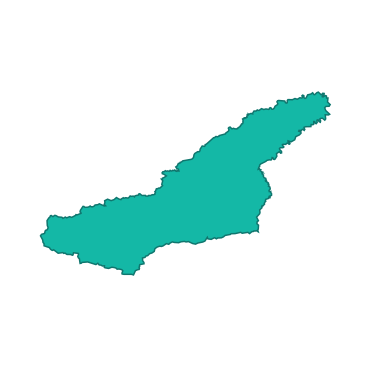 outline of Puerto Rico, Caquetá, Colombia, rotated 253°
{"feature_id": "7082276B35792863392111", "entity_name": "Puerto Rico", "entity_type": "district", "adm_level": 2, "iso_a3": "COL", "parent_name": "Colombia", "parent_adm1": "Caquetá", "projection": "natural_earth1", "projection_center": [-75.023, 2.008], "detail": "fine", "context": "isolated", "style": "filled", "palette": "teal", "viewbox_px": 384, "rotation_deg": 253, "n_neighbors": 0, "source": "geoboundaries", "source_scale": "gbopen_adm2", "svg_char_len": 6087}
<svg xmlns="http://www.w3.org/2000/svg" viewBox="0 0 384 384"><g transform="rotate(253 192 192)"><path d="M221.9,340.0L222.8,341.2L226.9,342.0L225.8,345.0L226.1,346.4L230.8,343.7L233.8,343.5L234.7,345.1L233.9,348.2L235.2,349.7L238.4,347.9L242.1,349.5L242.5,348.2L244.6,348.6L245.2,347.7L244.6,345.1L245.1,344.4L245.8,344.7L246.6,346.8L247.6,347.2L248.2,345.9L247.4,344.7L247.4,343.8L250.6,342.0L250.5,340.5L249.2,337.8L249.6,337.0L251.6,336.4L250.9,334.3L251.1,331.0L248.6,328.6L248.4,327.4L249.3,326.7L251.5,327.1L252.3,326.1L251.8,325.2L250.3,325.6L249.7,324.5L250.6,322.7L249.9,319.8L251.3,317.8L250.9,315.0L252.3,310.8L251.7,309.9L249.6,309.2L249.3,308.6L250.0,307.5L251.9,307.3L254.2,301.6L254.2,300.5L253.4,299.6L251.4,299.9L250.6,299.3L249.8,296.6L248.0,294.9L247.5,293.5L247.9,292.5L249.4,292.1L249.8,291.4L249.5,290.6L248.7,290.1L248.6,289.4L249.8,287.0L249.9,284.8L251.4,282.8L250.4,280.0L250.8,278.9L251.4,278.4L250.7,277.0L251.3,274.9L249.6,273.1L249.6,272.4L249.2,272.5L249.9,271.3L249.7,268.9L250.3,268.5L249.5,268.2L249.7,267.7L249.0,267.7L249.1,267.3L248.7,267.4L248.3,266.5L247.3,266.4L247.0,264.3L247.5,264.5L247.6,263.9L247.2,263.7L247.5,263.2L247.0,261.7L245.9,262.0L244.8,261.3L244.0,261.4L242.5,260.3L242.6,259.3L241.7,258.6L241.5,257.8L240.6,257.4L240.0,255.0L239.4,254.3L239.6,254.0L239.2,253.3L239.9,251.4L240.8,250.3L240.7,248.7L243.0,247.4L242.9,246.1L242.4,245.4L240.6,245.5L239.6,244.7L238.4,241.3L237.8,240.9L238.0,234.5L237.6,234.3L237.3,232.6L238.1,231.1L237.4,229.3L237.6,228.5L233.4,219.4L233.5,218.5L232.4,218.0L232.0,217.3L233.0,215.2L230.6,212.3L229.2,211.8L228.4,210.7L228.9,209.2L228.0,205.9L227.0,204.8L224.5,203.5L223.4,201.3L224.5,192.4L223.8,190.7L223.8,189.2L223.0,188.7L223.3,187.3L221.3,185.5L220.7,183.8L218.8,184.4L218.7,184.9L217.7,185.3L217.7,185.7L215.9,185.6L216.6,184.1L216.2,183.5L216.9,182.5L217.3,182.7L217.2,182.3L218.1,181.8L217.8,180.8L218.4,179.8L218.0,178.9L218.4,177.9L219.1,177.4L218.4,176.3L219.3,174.9L219.3,173.6L220.2,172.7L219.6,171.5L219.9,170.1L219.1,169.0L218.1,169.0L217.5,170.0L214.9,172.2L214.0,169.5L213.9,167.9L213.1,167.6L213.3,166.5L211.3,167.3L208.1,165.3L206.7,165.7L205.1,162.3L205.5,161.4L205.2,159.5L205.5,158.9L203.5,157.3L203.2,156.6L202.2,156.9L201.5,156.1L200.6,155.8L200.7,153.9L201.1,153.2L200.7,151.5L201.4,149.4L201.0,148.8L201.1,147.9L201.8,146.5L202.4,146.4L203.3,143.1L205.6,141.6L205.6,140.4L204.7,140.0L205.0,137.4L204.8,135.7L204.3,135.5L205.2,134.7L205.7,132.4L206.3,131.7L205.2,130.1L204.9,128.9L205.9,127.0L206.0,124.9L206.6,124.6L206.0,122.3L205.5,121.8L206.6,120.1L208.8,118.1L207.5,115.2L207.4,112.1L209.8,109.2L209.2,105.9L207.5,105.7L205.7,104.4L204.1,105.3L204.3,104.0L207.8,99.9L207.4,98.3L207.9,95.5L207.0,94.0L206.9,92.5L207.4,91.2L208.4,90.5L207.9,89.1L208.0,87.4L208.8,84.9L209.8,84.4L210.1,83.5L207.1,79.9L205.7,79.1L205.1,79.7L204.0,79.6L203.7,75.6L204.3,74.4L203.7,74.0L202.9,69.6L204.2,67.7L203.9,64.6L205.1,63.5L204.5,60.9L205.9,60.2L207.2,56.9L209.3,54.9L209.8,53.9L209.1,51.8L210.7,50.5L210.7,49.7L209.7,48.9L209.0,47.4L207.0,45.0L202.2,43.8L200.1,44.0L199.0,43.3L198.1,42.1L198.2,41.0L197.7,40.2L195.5,38.9L195.5,35.7L194.4,34.3L190.0,35.2L187.3,34.8L185.9,35.4L183.8,34.8L180.5,39.4L178.5,40.0L177.1,41.2L176.9,41.8L177.2,42.8L172.6,46.1L171.8,50.8L170.8,51.4L170.7,52.7L168.9,54.1L167.7,57.7L166.5,59.1L166.6,59.8L168.5,60.9L166.6,65.2L165.9,65.4L163.7,63.9L162.2,64.1L161.2,64.8L156.4,64.1L156.3,65.3L156.8,66.3L155.6,71.8L150.7,78.9L151.4,81.1L149.4,81.9L148.6,83.7L147.5,84.6L147.0,86.7L145.7,86.1L145.0,86.6L143.3,89.9L143.5,93.3L142.7,95.1L141.7,96.9L140.1,97.8L139.7,99.7L138.3,102.1L136.9,102.8L134.9,101.3L134.0,101.2L133.1,103.0L131.0,110.0L129.8,111.8L133.3,114.9L133.6,117.3L133.4,118.8L134.3,119.4L135.6,119.4L136.2,120.2L137.3,120.4L137.8,120.9L137.4,125.1L138.7,125.4L140.6,124.7L143.4,125.4L143.2,127.9L144.3,129.4L144.1,131.0L145.4,133.4L145.4,135.9L146.2,138.5L148.7,140.0L149.6,142.9L149.6,145.4L148.9,146.7L148.9,148.4L150.1,152.4L148.8,154.5L149.6,156.2L150.0,158.7L149.0,160.2L147.4,164.4L147.6,166.8L147.0,170.2L146.0,171.7L145.6,174.2L142.5,177.6L141.1,180.2L141.5,182.6L141.0,187.7L141.3,190.0L144.2,193.4L142.5,193.5L141.1,196.5L141.7,200.2L140.1,201.6L140.5,203.2L139.6,206.7L139.9,208.9L140.8,211.0L140.2,216.3L140.7,217.1L139.6,221.1L139.2,226.8L137.9,227.9L137.1,233.6L135.4,234.9L136.6,237.7L136.3,239.1L136.7,240.0L136.2,240.8L136.2,242.2L134.6,243.7L136.5,243.7L137.1,244.5L140.8,245.9L142.7,244.8L144.5,245.6L145.1,247.1L149.1,246.4L151.4,250.3L152.5,251.0L155.1,251.5L156.5,254.3L157.7,254.4L158.4,255.1L157.9,255.6L159.2,257.8L159.8,257.7L160.9,258.6L161.6,259.8L162.1,259.6L163.4,260.3L163.5,263.1L164.2,263.7L163.7,263.7L164.0,264.4L163.7,264.8L164.4,265.3L165.4,265.1L165.5,267.0L165.8,267.2L167.4,267.6L169.0,267.0L169.5,267.4L169.8,266.0L171.0,266.1L171.9,267.6L172.6,267.8L174.1,267.9L175.1,266.8L176.2,267.7L177.3,267.1L177.5,267.6L178.3,267.7L180.6,265.8L180.8,266.4L181.6,265.9L181.6,266.4L183.5,266.5L184.5,265.2L186.1,264.8L187.3,265.3L188.9,264.3L189.7,264.7L189.6,265.2L190.0,264.8L190.3,265.2L190.6,264.5L191.2,264.6L192.2,263.5L193.1,263.5L193.3,264.1L194.0,263.2L194.5,263.2L194.4,262.0L196.2,263.2L196.5,264.1L197.9,264.5L198.7,265.8L199.7,271.6L200.3,272.8L200.2,275.2L199.5,277.0L200.0,277.8L201.5,278.7L201.0,279.4L199.4,279.6L199.0,280.3L199.2,281.1L201.4,283.6L204.0,284.0L205.0,287.2L203.2,288.1L203.2,289.1L204.7,289.5L206.9,288.3L207.9,288.3L208.5,289.3L207.8,291.8L208.0,292.8L208.7,293.0L209.9,292.2L210.9,292.3L211.0,293.1L210.1,295.6L210.8,296.6L210.9,297.6L209.5,298.6L209.2,299.3L209.9,299.9L212.4,298.6L212.9,298.8L211.0,301.4L211.9,305.5L214.6,307.4L215.2,311.4L216.3,313.4L217.6,313.7L218.9,311.8L219.6,312.3L218.9,314.6L219.6,315.7L219.5,316.3L218.1,317.3L218.9,318.2L220.5,317.8L221.1,318.1L221.2,319.8L219.8,324.8L221.7,325.7L221.0,327.3L221.2,328.2L223.8,329.0L223.5,329.8L221.5,330.1L221.0,330.8L222.0,332.1L223.8,332.3L224.3,332.8L224.1,333.7L222.1,334.1L221.2,335.1L222.4,335.8L224.3,335.5L224.8,336.3L224.4,338.3L221.9,340.0Z" fill="#14b8a6" stroke="#0f766e" stroke-width="1.5"/></g></svg>